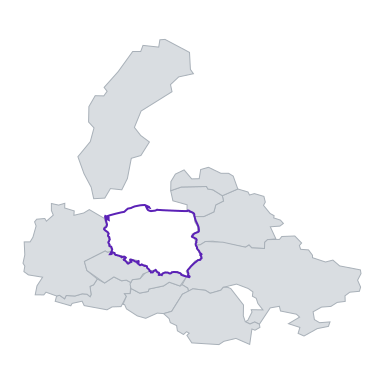 Poland shown with its bordering countries
{"feature_id": "POL", "entity_name": "Poland", "entity_type": "country or territory", "adm_level": 0, "iso_a3": "POL", "parent_name": "Europe", "parent_adm1": "", "projection": "robinson", "projection_center": [19.099, 51.929], "detail": "fine", "context": "with_neighbors", "style": "outline", "palette": "violet", "viewbox_px": 384, "rotation_deg": 0, "n_neighbors": 11, "source": "natural_earth", "source_scale": "50m", "svg_char_len": 8821}
<svg xmlns="http://www.w3.org/2000/svg" viewBox="0 0 384 384"><path d="M77.9,156.7L90.3,141.6L94.0,127.9L88.6,122.0L88.9,106.6L95.2,95.7L103.8,95.9L107.1,91.3L104.1,87.4L118.1,71.7L132.7,51.5L140.7,51.5L143.0,45.4L158.7,47.1L159.9,39.8L165.0,39.4L189.5,52.4L190.4,69.4L193.4,73.7L178.7,76.9L170.5,84.6L172.0,91.7L141.1,111.0L134.4,127.4L140.7,135.5L149.4,142.0L140.9,155.5L131.3,158.3L127.4,178.5L121.8,189.8L110.4,188.6L104.8,198.1L93.7,198.7L91.2,187.3L84.0,173.7L77.9,156.7Z" fill="#d9dde1" stroke="#a8b0b8" stroke-width="1"/><path d="M237.8,189.0L248.0,192.0L249.5,195.0L254.4,193.6L263.9,196.4L265.3,202.1L263.5,205.4L270.1,213.5L274.1,215.7L273.7,217.9L280.4,220.1L283.4,223.4L279.9,226.1L270.3,226.8L275.9,238.9L267.6,239.6L264.7,242.3L264.5,248.5L251.8,247.9L249.0,245.0L245.5,247.2L213.0,241.2L205.5,241.5L200.2,244.8L195.5,245.3L195.2,239.8L192.1,234.1L197.8,231.6L197.7,226.7L194.9,222.0L194.4,216.5L203.7,216.6L213.9,211.9L215.8,204.9L223.5,201.0L222.3,195.7L237.8,189.0Z" fill="#d9dde1" stroke="#a8b0b8" stroke-width="1"/><path d="M314.4,319.6L319.6,322.7L330.0,321.9L328.4,326.4L317.3,328.6L304.0,336.0L298.1,333.4L299.9,327.4L288.5,323.7L299.6,317.1L296.4,314.2L280.5,311.0L279.4,306.3L270.2,307.9L259.4,324.2L254.7,322.0L250.0,324.0L245.3,321.7L247.8,320.3L252.0,312.0L251.2,309.7L262.9,309.9L257.9,303.5L256.2,298.3L252.4,296.2L252.9,291.9L248.2,288.5L236.5,284.1L223.3,287.3L220.9,290.2L210.2,293.3L205.4,290.3L192.8,288.8L188.5,291.5L187.7,288.1L182.1,284.7L186.7,276.4L188.9,277.1L186.2,271.4L195.0,261.0L199.8,259.6L200.8,256.1L195.5,245.3L200.2,244.8L205.5,241.5L222.9,242.2L245.5,247.2L249.0,245.0L251.8,247.9L264.5,248.5L264.7,242.3L267.6,239.6L279.5,239.4L281.8,236.5L294.8,236.0L301.6,243.0L299.4,245.5L300.6,249.3L308.5,249.9L312.5,255.3L312.5,257.7L325.5,262.0L332.9,260.1L339.6,265.9L360.4,269.9L361.0,273.6L357.6,280.2L360.6,287.1L359.4,291.3L349.8,292.2L345.0,295.8L345.2,301.4L337.2,302.4L330.9,306.4L321.5,307.1L313.1,311.8L314.4,319.6Z" fill="#d9dde1" stroke="#a8b0b8" stroke-width="1"/><path d="M130.8,282.5L130.2,293.6L124.5,293.7L126.4,296.4L121.0,306.6L112.1,306.9L107.0,309.8L84.2,305.6L82.1,301.2L72.1,303.4L70.8,305.8L55.2,301.3L56.6,296.0L59.6,295.3L64.6,298.8L66.2,295.5L75.0,296.0L82.3,293.8L87.1,294.2L90.1,296.7L91.1,294.6L90.0,286.4L93.6,284.8L97.3,279.0L104.6,283.0L113.9,276.9L121.6,280.8L126.3,280.1L130.8,282.5Z" fill="#d9dde1" stroke="#a8b0b8" stroke-width="1"/><path d="M182.1,284.7L187.7,288.1L188.5,291.5L182.4,294.2L171.7,311.3L163.6,313.6L157.3,313.1L145.7,318.3L137.3,315.9L126.5,308.9L124.6,304.6L122.9,304.5L126.4,296.4L124.5,293.7L130.2,293.6L131.0,288.5L139.7,293.1L148.2,291.5L149.0,289.0L163.6,285.9L169.2,282.2L180.0,286.0L182.1,284.7Z" fill="#d9dde1" stroke="#a8b0b8" stroke-width="1"/><path d="M245.3,321.7L250.0,324.0L254.7,322.0L259.4,324.2L259.9,327.4L255.0,330.2L251.9,329.0L249.7,344.4L235.9,338.4L223.9,341.3L218.9,344.6L191.8,342.9L186.9,335.4L189.2,333.2L186.6,331.7L183.5,334.5L177.4,330.8L176.6,325.6L170.3,322.6L169.1,318.6L163.6,313.6L171.7,311.3L182.4,294.2L192.8,288.8L205.4,290.3L210.2,293.3L220.9,290.2L223.3,287.3L227.6,287.3L230.7,288.5L243.5,305.0L243.3,315.9L245.3,321.7Z" fill="#d9dde1" stroke="#a8b0b8" stroke-width="1"/><path d="M222.3,195.7L223.5,201.0L215.8,204.9L213.9,211.9L203.7,216.6L194.4,216.5L192.0,212.7L187.0,211.4L187.1,204.8L172.9,200.8L170.7,190.7L181.4,187.0L206.5,186.5L207.9,189.0L212.9,189.8L222.3,195.7Z" fill="#d9dde1" stroke="#a8b0b8" stroke-width="1"/><path d="M228.6,173.3L233.2,176.1L237.8,189.0L222.3,195.7L212.9,189.8L207.9,189.0L206.5,186.5L181.4,187.0L170.7,190.7L170.9,181.6L175.4,174.1L184.1,169.9L191.7,178.9L199.2,178.7L200.7,169.5L208.5,167.3L220.9,173.3L228.6,173.3Z" fill="#d9dde1" stroke="#a8b0b8" stroke-width="1"/><path d="M104.3,218.4L106.4,224.7L103.6,228.0L107.0,232.4L109.2,239.0L108.3,243.3L112.1,251.2L107.7,252.4L105.2,251.0L84.4,261.5L86.9,270.5L97.3,279.0L93.6,284.8L90.0,286.4L91.1,294.6L90.1,296.7L87.1,294.2L82.3,293.8L75.0,296.0L66.2,295.5L64.6,298.8L59.6,295.3L56.6,296.0L46.0,292.2L43.8,294.9L35.2,294.8L37.0,285.8L42.6,277.2L28.4,274.9L23.9,271.6L24.8,266.1L23.0,263.2L24.8,254.9L24.2,241.9L30.1,241.9L32.9,237.3L36.1,226.0L34.6,221.8L36.7,219.2L44.8,218.5L46.4,221.2L53.3,215.1L51.4,210.5L51.4,203.5L58.6,205.1L64.8,203.3L64.7,208.0L74.2,210.9L73.9,215.3L83.7,213.0L89.3,209.6L104.3,218.4Z" fill="#d9dde1" stroke="#a8b0b8" stroke-width="1"/><path d="M186.7,276.4L180.0,286.0L169.2,282.2L163.6,285.9L149.0,289.0L148.2,291.5L139.7,293.1L131.0,288.5L130.0,284.1L132.3,279.7L140.1,278.6L146.8,271.2L154.4,270.2L159.4,274.7L165.3,272.0L170.0,273.3L177.2,271.5L186.7,276.4Z" fill="#d9dde1" stroke="#a8b0b8" stroke-width="1"/><path d="M112.1,251.2L116.7,255.1L124.0,256.2L123.4,259.6L128.7,262.2L130.2,259.0L137.0,260.4L137.9,264.2L145.2,265.0L149.8,271.2L143.0,274.0L140.1,278.6L132.3,279.7L130.8,282.5L126.3,280.1L121.6,280.8L113.9,276.9L104.6,283.0L86.9,270.5L84.4,261.5L105.2,251.0L107.7,252.4L112.1,251.2Z" fill="#d9dde1" stroke="#a8b0b8" stroke-width="1"/><path d="M196.3,246.1L196.9,246.9L197.1,247.6L196.9,248.1L197.0,248.6L197.5,249.2L199.0,250.9L199.8,252.6L200.3,253.2L201.4,254.0L201.5,254.4L201.1,254.7L200.7,254.7L200.4,254.8L200.3,255.1L200.6,255.4L200.9,255.9L201.5,257.2L201.5,258.3L201.1,258.5L200.6,259.2L200.3,259.8L197.8,260.2L197.2,260.8L195.8,262.0L194.8,262.7L193.5,263.9L191.2,266.1L190.4,267.0L189.8,267.8L188.0,269.8L187.5,270.6L187.6,271.3L188.2,273.0L188.4,273.7L188.3,274.4L188.1,275.0L188.1,275.3L188.7,275.7L189.6,276.4L189.6,276.6L189.5,276.9L189.2,277.2L188.1,276.9L186.9,276.5L186.5,276.5L185.8,276.4L183.1,275.5L181.3,274.8L181.1,274.3L180.8,273.7L180.0,273.1L178.2,272.6L177.5,272.2L174.6,272.0L173.4,272.0L172.5,272.2L171.9,272.2L171.1,273.1L170.6,273.4L169.8,273.5L169.1,273.3L168.4,272.8L167.3,272.5L166.5,272.6L165.9,272.5L165.4,272.5L165.2,272.6L164.8,272.6L164.2,272.8L163.5,273.2L162.8,273.4L162.3,274.0L161.8,275.1L160.4,274.6L159.9,274.9L159.2,275.0L158.8,274.9L158.9,274.5L159.1,274.0L159.1,273.4L158.9,272.7L158.5,272.5L157.8,272.4L157.5,272.3L157.5,272.1L157.1,271.8L156.5,271.1L156.0,270.2L155.6,269.9L155.1,270.3L154.2,270.8L153.7,271.0L152.7,272.4L150.9,272.4L150.8,271.8L150.6,271.2L149.6,271.0L149.5,270.6L149.3,269.7L147.2,267.9L147.0,267.1L147.0,266.8L146.9,266.3L146.4,266.1L144.8,265.7L144.4,265.9L144.0,265.7L143.4,265.3L142.3,264.9L142.2,264.7L141.8,264.4L141.6,264.4L141.5,264.6L141.2,264.8L140.1,265.2L139.7,265.0L139.3,264.7L138.8,264.1L138.2,263.6L137.7,263.4L137.4,263.1L137.3,262.9L138.5,262.4L138.7,262.0L138.6,261.1L138.4,261.0L137.9,261.3L137.0,261.6L136.0,261.7L135.6,261.7L133.0,260.2L131.3,259.7L130.3,259.6L130.2,259.7L130.6,260.6L131.4,261.6L131.4,261.9L130.4,262.3L129.9,262.5L129.3,262.9L128.7,263.4L128.3,263.6L127.9,263.6L127.5,263.3L126.4,261.8L125.1,260.6L124.9,260.3L124.5,260.2L123.9,260.0L123.7,259.6L124.0,259.2L124.4,258.9L125.2,258.6L125.4,258.4L125.5,258.1L125.8,257.7L125.7,257.6L125.2,257.1L124.5,256.7L122.3,257.0L121.7,257.3L121.4,257.0L121.2,256.5L120.6,256.5L119.9,256.1L119.0,255.7L118.2,255.6L116.4,255.0L115.8,255.0L115.4,254.8L115.0,254.4L114.6,253.9L114.5,253.0L113.2,252.6L111.9,252.3L111.8,253.4L111.7,253.9L110.9,254.2L110.0,254.2L111.1,252.4L111.6,251.3L112.2,249.3L111.6,247.8L111.4,247.1L111.2,246.7L109.4,246.0L109.3,245.7L109.6,244.7L109.4,244.3L109.0,243.8L108.5,242.9L108.3,242.2L109.0,241.3L109.2,240.6L109.6,239.7L109.8,239.2L109.4,238.8L109.3,238.3L109.4,237.6L109.2,237.0L108.6,236.7L108.2,236.2L108.0,235.7L108.2,234.8L108.7,233.6L107.7,232.1L105.2,230.4L104.1,229.3L104.2,228.6L104.7,228.0L105.7,227.4L106.5,226.5L106.9,225.3L106.9,225.1L107.0,224.3L106.0,220.9L105.8,220.0L105.7,219.0L105.6,218.7L107.8,219.5L108.7,219.9L108.6,219.4L108.5,219.0L108.6,218.4L108.6,217.6L106.6,217.1L105.3,217.0L105.1,216.4L105.3,216.0L105.6,216.2L106.9,216.3L110.1,215.2L115.7,213.7L121.6,212.3L122.9,212.1L124.3,211.8L124.8,211.3L125.3,210.9L126.2,210.0L127.9,208.6L131.1,208.0L132.2,207.4L134.7,206.4L140.2,205.3L142.6,205.1L144.8,205.0L146.8,205.9L149.0,206.9L149.4,207.6L148.2,207.2L146.5,206.2L145.9,206.2L147.3,209.1L148.1,210.1L149.7,210.8L151.0,211.1L155.2,210.6L156.6,210.0L157.1,209.7L157.4,209.9L160.1,210.0L162.8,210.2L167.2,210.4L171.8,210.6L176.5,210.8L181.6,211.0L187.0,211.1L187.3,211.0L187.9,210.5L188.6,210.6L189.4,210.9L189.7,211.1L189.9,211.4L190.0,211.6L190.4,211.7L191.2,211.9L192.3,212.4L193.2,212.9L194.0,213.6L194.3,214.4L194.3,215.3L194.3,215.9L194.4,216.1L195.6,220.4L197.5,224.4L198.3,226.4L198.6,227.4L198.8,228.9L198.9,230.0L198.9,230.6L198.8,231.4L198.3,231.9L194.8,233.3L194.1,233.7L193.1,234.8L192.2,235.9L191.9,236.3L191.9,236.6L192.1,236.9L193.4,237.5L194.7,238.0L195.1,238.4L196.1,238.8L196.4,239.3L196.6,239.6L196.6,240.4L196.2,241.6L196.4,242.5L196.0,243.1L195.7,243.7L195.7,244.8L196.3,246.1Z" fill="none" stroke="#5b21b6" stroke-width="2"/></svg>